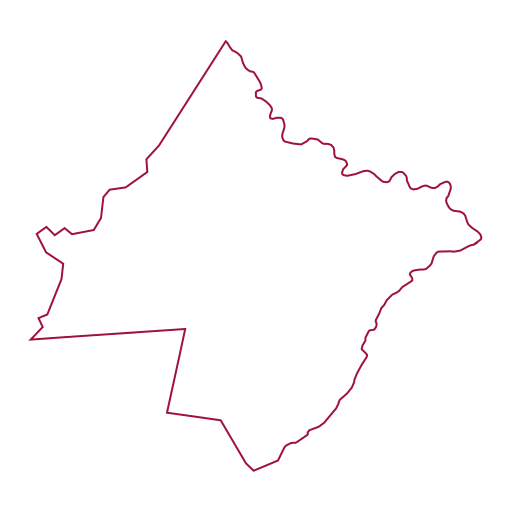 the district of Pike, Pennsylvania, United States of America
{"feature_id": "52423323B81352708629195", "entity_name": "Pike", "entity_type": "district", "adm_level": 2, "iso_a3": "USA", "parent_name": "United States of America", "parent_adm1": "Pennsylvania", "projection": "robinson", "projection_center": [-74.913, 41.341], "detail": "fine", "context": "isolated", "style": "outline", "palette": "rose", "viewbox_px": 512, "rotation_deg": 0, "n_neighbors": 0, "source": "geoboundaries", "source_scale": "gbopen_adm2", "svg_char_len": 2850}
<svg xmlns="http://www.w3.org/2000/svg" viewBox="0 0 512 512"><path d="M477.7,242.3L476.7,242.4L480.2,239.9L481.1,238.9L481.3,237.0L480.2,234.2L477.6,231.6L472.0,227.8L468.5,224.6L467.2,222.0L465.2,215.6L463.5,213.4L460.2,211.6L453.8,210.8L451.6,209.8L449.9,208.6L448.3,206.3L446.7,203.1L446.1,200.8L446.6,197.9L448.2,196.2L450.8,188.6L450.7,186.0L450.3,184.7L449.5,183.2L448.3,182.1L446.7,181.6L444.7,182.1L440.1,184.2L437.6,186.6L437.4,186.7L434.8,188.1L431.4,187.8L426.7,185.7L424.9,185.6L421.7,186.6L417.5,188.8L413.4,189.4L411.1,188.6L410.0,187.5L407.3,181.5L406.9,180.4L406.7,177.6L406.1,175.9L403.1,172.6L401.8,172.0L398.8,171.9L394.9,173.9L391.6,177.0L389.5,181.1L387.7,182.0L386.3,182.2L383.7,181.9L382.1,181.2L376.3,176.3L374.3,174.2L370.5,171.7L367.6,170.7L363.5,171.1L355.4,174.1L347.3,175.8L343.8,175.2L342.4,174.4L342.1,172.6L343.1,169.3L347.1,165.1L347.0,164.0L346.2,161.7L345.0,160.4L343.0,159.4L336.9,158.0L335.1,157.0L334.3,154.1L334.3,151.2L333.6,147.7L331.3,145.0L328.1,143.9L323.5,143.8L321.7,142.8L317.8,139.5L311.6,138.5L309.1,138.8L307.4,140.9L301.8,144.1L300.6,144.4L292.8,143.5L284.8,141.5L283.7,140.7L282.6,138.4L282.2,136.6L282.4,133.9L284.3,127.9L284.5,126.2L284.4,124.2L283.0,119.5L282.2,118.5L280.8,117.8L276.6,117.8L272.8,118.9L270.4,118.3L270.0,117.3L270.0,115.8L270.8,113.0L271.9,110.5L271.9,109.1L271.7,108.0L269.9,105.2L266.1,101.6L262.5,99.1L261.4,98.5L257.1,97.7L256.3,97.0L255.9,96.1L255.9,92.2L257.2,90.9L260.7,89.8L261.7,88.6L261.6,86.7L260.1,82.3L254.2,72.7L252.9,71.8L250.3,71.4L247.7,69.8L245.3,67.6L243.1,63.2L241.1,56.5L237.0,52.7L232.2,50.2L229.8,47.0L227.6,43.2L225.7,41.3L159.0,145.5L146.4,159.3L147.3,172.0L125.7,187.4L109.6,189.7L103.4,197.1L101.0,218.0L93.8,230.0L72.0,234.2L64.6,228.1L54.8,235.2L46.4,226.9L36.7,233.9L46.1,252.4L63.2,263.7L61.5,279.1L47.3,314.5L38.5,318.1L42.7,327.0L30.7,339.6L65.6,337.1L185.2,329.0L179.3,356.5L167.0,412.7L220.7,420.3L246.0,463.4L253.6,470.7L278.0,460.5L284.4,447.4L286.0,445.6L290.6,443.2L293.1,442.7L295.1,442.9L296.4,442.4L307.5,434.8L307.9,434.0L307.6,432.5L309.4,430.2L318.8,426.7L324.1,422.8L336.2,408.3L338.5,403.6L338.9,401.6L339.9,399.7L346.9,393.6L351.8,387.6L354.2,382.1L354.4,379.7L357.2,373.0L361.8,364.6L366.4,357.5L366.9,356.2L367.1,355.0L366.1,353.5L362.1,349.7L361.7,349.0L362.5,345.4L365.3,340.9L365.5,337.6L368.6,331.5L369.3,330.6L370.2,330.3L374.1,329.7L375.4,328.0L376.2,326.6L376.7,324.1L375.7,321.2L375.9,319.9L379.3,313.4L381.0,308.9L381.2,308.2L384.1,305.1L386.8,300.1L392.3,294.6L396.4,292.7L398.9,291.1L402.4,287.0L412.0,280.8L412.4,280.0L412.1,278.0L409.8,274.3L410.3,272.8L412.3,271.1L414.3,270.4L419.4,269.6L423.9,269.5L426.1,268.9L429.4,266.1L431.5,263.6L433.7,256.4L436.6,252.6L438.4,251.6L450.3,251.3L453.8,251.7L460.2,250.6L468.5,246.2L471.3,245.1L473.8,244.7L477.7,242.3Z" fill="none" stroke="#9f1239" stroke-width="2"/></svg>